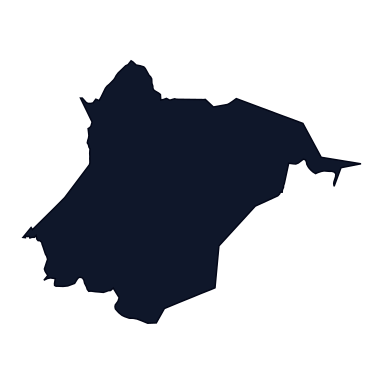 the district of Santana do Matos, Rio Grande do Norte, Brazil
{"feature_id": "56859067B30783601838270", "entity_name": "Santana do Matos", "entity_type": "district", "adm_level": 2, "iso_a3": "BRA", "parent_name": "Brazil", "parent_adm1": "Rio Grande do Norte", "projection": "robinson", "projection_center": [-36.666, -5.904], "detail": "fine", "context": "isolated", "style": "filled", "palette": "ink", "viewbox_px": 384, "rotation_deg": 0, "n_neighbors": 0, "source": "geoboundaries", "source_scale": "gbopen_adm2", "svg_char_len": 2318}
<svg xmlns="http://www.w3.org/2000/svg" viewBox="0 0 384 384"><path d="M128.0,64.7L125.6,65.8L122.0,69.3L118.3,72.8L116.2,75.6L115.0,77.9L113.8,79.7L109.4,84.2L107.1,86.1L105.4,88.3L101.2,96.9L99.2,100.5L95.8,99.2L93.1,102.9L91.0,103.4L88.0,103.4L86.3,102.6L82.3,98.1L80.5,98.1L87.8,113.1L92.1,122.0L91.0,126.0L89.9,127.5L88.1,128.6L88.5,131.8L88.9,135.6L88.5,138.2L87.8,140.3L87.3,142.9L88.4,144.6L89.0,147.2L90.0,148.9L89.7,153.4L89.9,156.4L89.8,158.6L89.9,160.8L89.9,162.9L89.4,164.8L74.5,184.6L64.7,197.6L55.0,207.4L32.5,229.6L31.1,227.5L23.0,237.4L25.5,237.7L25.8,235.9L27.5,236.6L29.0,236.1L29.9,238.0L31.9,237.3L34.4,237.3L36.1,235.4L36.9,239.2L38.1,240.6L39.9,240.7L41.7,242.3L42.1,244.3L42.8,246.1L43.8,249.1L44.9,252.4L45.5,254.2L46.7,256.2L47.6,259.3L46.6,262.2L44.4,269.0L45.2,271.4L47.8,275.5L43.9,280.2L47.4,278.5L50.4,277.9L55.3,278.6L54.5,283.5L54.6,285.4L56.0,286.2L58.2,286.2L63.1,286.4L67.8,285.9L74.6,283.4L77.2,279.2L78.5,277.7L80.0,277.2L82.5,277.9L83.9,280.1L84.6,283.2L86.5,286.9L87.3,289.4L88.8,291.3L91.0,291.1L95.4,291.7L99.4,292.0L103.4,292.4L106.7,291.3L108.1,290.7L110.6,290.5L113.2,288.1L114.3,289.8L116.0,292.6L119.2,297.7L117.9,301.4L115.3,304.9L115.0,306.8L115.4,308.9L117.4,311.2L118.9,312.8L122.0,315.3L124.7,316.6L129.3,318.2L133.4,318.3L137.1,319.0L142.3,321.0L147.6,323.2L156.3,322.9L164.4,308.5L178.6,302.6L193.4,296.6L200.4,293.7L211.0,289.5L215.0,287.8L218.9,245.9L225.4,238.8L237.1,226.0L255.3,206.1L277.8,195.8L279.6,193.9L280.4,192.2L282.2,192.2L282.4,189.9L283.5,187.4L283.6,185.5L284.3,183.6L288.7,163.2L293.2,163.8L295.8,164.0L298.3,163.0L303.3,159.2L305.5,159.8L306.5,162.2L306.8,164.2L308.1,166.7L309.3,168.4L311.1,170.3L312.9,171.9L315.6,173.6L317.7,172.6L320.1,171.8L321.7,171.3L324.1,170.9L329.0,171.3L331.9,171.3L334.3,172.1L335.8,173.8L335.6,176.7L334.6,179.8L334.0,181.6L333.7,183.5L334.1,186.3L341.0,167.7L361.0,163.8L321.2,157.3L302.9,123.4L278.6,114.4L236.3,98.6L232.4,101.5L229.2,103.6L227.4,104.5L213.4,107.0L205.3,99.4L203.7,99.6L176.7,99.3L174.6,98.8L171.8,99.6L169.8,100.2L166.4,98.4L163.5,99.5L160.8,100.0L160.4,94.5L158.5,93.0L155.4,91.2L153.8,90.1L152.9,88.3L152.8,86.0L151.9,83.3L151.7,78.9L150.5,76.7L149.1,75.4L145.2,68.4L143.8,66.9L140.3,65.8L136.1,65.0L133.0,62.0L131.1,60.8L128.0,64.7Z" fill="#0f172a" stroke="#020617" stroke-width="1.5"/></svg>